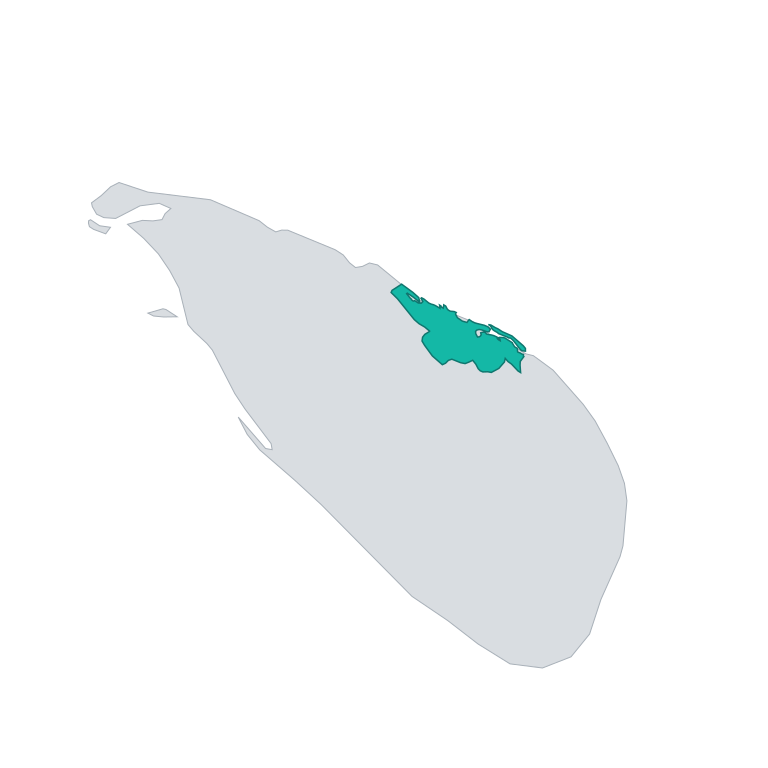 where Maḍakalapuva sits in Sri Lanka, rotated 319°
{"feature_id": "LKA-2452", "entity_name": "Maḍakalapuva", "entity_type": "District", "adm_level": 1, "iso_a3": "LKA", "parent_name": "Sri Lanka", "parent_adm1": "", "projection": "equal_earth", "projection_center": [81.59, 7.833], "detail": "fine", "context": "in_parent", "style": "filled", "palette": "teal", "viewbox_px": 768, "rotation_deg": 319, "n_neighbors": 0, "source": "natural_earth", "source_scale": "10m", "svg_char_len": 3563}
<svg xmlns="http://www.w3.org/2000/svg" viewBox="0 0 768 768"><g transform="rotate(319 384 384)"><path d="M282.1,55.4L294.2,56.3L307.1,55.8L316.2,58.1L331.7,84.3L373.9,131.1L396.9,178.8L398.9,189.2L402.1,198.2L407.7,200.7L412.3,204.8L435.3,250.8L437.9,259.9L437.5,269.9L438.9,277.4L444.9,281.1L452.4,283.1L457.3,290.0L463.5,326.7L463.5,338.2L465.3,343.1L494.3,400.4L495.9,407.3L495.6,412.5L496.5,417.0L502.1,427.2L510.9,454.4L515.3,460.6L520.7,484.5L521.0,530.1L519.1,550.4L513.6,575.1L507.2,599.3L500.3,616.7L490.7,631.5L458.2,662.9L448.8,669.2L406.4,688.9L375.1,707.6L346.2,712.6L317.3,702.3L295.5,677.9L284.4,641.9L276.9,604.4L265.8,562.7L257.5,433.9L253.5,398.0L247.0,352.2L247.7,332.3L252.3,313.3L252.3,355.0L256.5,360.2L259.7,354.9L262.7,311.6L265.1,293.4L276.7,245.8L276.9,237.3L275.0,219.4L275.1,210.5L292.3,177.1L296.7,157.7L299.1,137.8L298.2,116.4L295.2,95.2L309.0,102.0L316.6,109.3L324.3,114.3L330.6,111.8L338.3,111.7L332.9,100.2L316.8,89.5L290.1,83.0L281.7,74.6L278.5,67.3L280.2,58.8L282.1,55.4ZM268.3,184.7L272.0,197.6L261.6,188.8L254.7,181.5L252.3,175.6L266.5,182.2L268.3,184.7ZM280.4,86.3L272.5,88.1L266.3,76.8L264.9,72.0L266.5,68.7L268.2,67.0L270.3,67.5L273.2,78.0L280.4,86.3Z" fill="#d9dde1" stroke="#a8b0b8" stroke-width="1"/><path d="M462.8,320.2L463.2,322.0L465.9,333.8L466.9,341.6L464.6,345.8L463.3,338.8L463.1,337.8L461.2,330.7L460.3,330.7L460.1,336.1L460.3,337.8L460.2,337.8L460.1,338.2L460.1,338.3L460.1,339.1L460.3,340.1L460.7,340.8L461.8,341.2L462.0,341.8L463.0,345.3L465.2,347.5L467.4,347.3L468.1,343.6L468.9,343.6L469.7,345.6L469.9,346.1L470.9,352.2L472.0,354.6L473.4,356.7L474.3,358.7L475.9,363.5L476.5,362.6L477.3,361.8L477.7,361.0L478.2,362.6L477.7,363.5L477.9,364.1L478.2,364.5L478.4,364.9L478.4,365.7L478.5,365.7L479.1,365.0L480.4,364.1L481.0,363.5L481.3,364.4L481.7,365.6L481.4,367.0L481.0,368.4L481.0,369.4L481.0,370.4L481.9,372.7L483.5,374.3L484.5,375.4L485.4,377.4L484.8,377.5L484.5,377.7L484.2,378.1L483.9,378.3L483.7,378.5L483.3,380.3L482.9,382.2L484.4,388.0L485.2,389.2L487.0,392.0L489.7,391.3L490.6,391.3L491.5,394.9L492.5,397.1L492.8,397.8L498.2,405.4L500.0,409.1L500.3,412.4L497.5,413.5L496.2,412.4L493.1,407.1L491.5,405.2L489.4,404.2L489.1,404.2L487.6,404.4L486.3,406.2L485.4,409.9L486.9,410.9L488.4,411.1L489.7,410.5L490.6,408.8L492.1,409.5L493.5,410.4L493.9,411.2L494.3,411.7L494.1,413.5L495.7,415.6L497.4,417.7L498.7,419.7L500.1,422.8L499.4,423.8L499.3,424.8L499.5,426.0L500.1,427.6L500.9,426.3L500.4,424.0L501.9,424.7L504.8,427.6L505.5,428.9L507.9,436.9L507.7,437.2L507.0,441.5L507.1,442.0L507.7,443.7L507.9,444.4L507.4,445.5L506.5,446.5L505.9,447.5L506.6,449.0L507.2,450.1L507.4,451.0L507.8,452.0L508.7,453.2L507.4,454.5L507.5,455.1L505.1,455.6L501.6,456.4L499.0,459.1L494.6,465.0L493.7,462.2L493.3,452.6L492.3,448.4L492.3,444.2L489.3,446.4L480.9,447.6L472.6,445.7L470.4,442.9L466.5,439.7L465.3,437.2L465.1,434.3L466.3,429.4L466.5,424.3L462.5,423.2L458.6,421.8L455.8,418.2L451.5,409.8L448.1,408.4L444.1,408.7L440.7,407.7L438.9,394.6L440.0,381.5L440.9,376.5L443.8,374.0L447.4,373.3L452.0,374.1L453.1,374.0L452.1,367.7L450.0,361.5L449.1,355.3L450.1,328.4L449.4,319.6L451.5,318.6L462.8,320.2ZM503.5,421.1L503.3,419.3L502.8,418.0L502.2,416.3L501.8,414.6L501.9,412.8L502.3,411.3L502.4,409.6L501.8,407.6L503.4,409.7L505.0,414.6L506.1,416.9L506.4,417.9L507.6,422.1L510.7,428.7L512.1,431.7L514.2,446.5L514.1,449.9L512.3,452.0L510.5,450.1L509.9,449.3L509.7,449.0L509.6,448.1L509.5,447.3L509.5,447.0L510.1,436.2L509.7,432.5L508.3,431.0L507.8,429.4L503.5,421.1Z" fill="#14b8a6" stroke="#0f766e" stroke-width="1.5"/></g></svg>